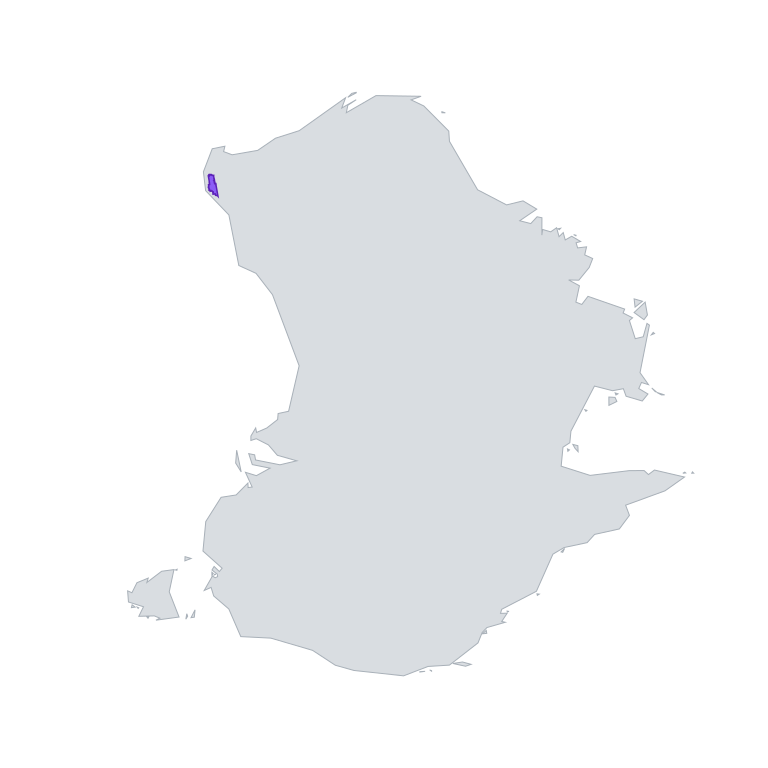 Plantagenet, Western Australia, Australia (highlighted), rotated 80°
{"feature_id": "25037944B3535860838783", "entity_name": "Plantagenet", "entity_type": "district", "adm_level": 2, "iso_a3": "AUS", "parent_name": "Australia", "parent_adm1": "Western Australia", "projection": "natural_earth1", "projection_center": [117.015, -34.625], "detail": "fine", "context": "in_parent", "style": "filled", "palette": "violet", "viewbox_px": 768, "rotation_deg": 80, "n_neighbors": 0, "source": "geoboundaries", "source_scale": "gbopen_adm2", "svg_char_len": 5846}
<svg xmlns="http://www.w3.org/2000/svg" viewBox="0 0 768 768"><g transform="rotate(80 384 384)"><path d="M538.0,125.8L545.3,167.1L556.0,165.1L567.6,177.4L568.7,202.7L575.5,211.5L576.3,235.0L580.9,247.2L614.6,269.9L626.3,307.2L630.1,309.1L631.1,302.5L638.3,309.3L639.7,306.0L641.7,324.9L645.8,330.5L655.3,336.4L672.2,368.4L669.8,389.7L674.8,415.4L660.9,463.3L652.5,480.8L633.9,500.6L614.6,539.6L607.9,568.9L578.6,575.9L563.2,588.5L554.3,589.6L556.1,596.9L543.3,586.3L545.5,583.9L544.8,581.3L542.3,581.2L537.3,585.7L534.2,583.0L540.1,578.7L537.3,575.4L517.1,591.3L488.5,583.4L467.3,564.1L467.6,548.9L457.9,535.2L462.4,535.8L462.6,531.7L446.9,535.8L452.1,525.6L447.1,510.8L440.5,527.7L429.1,529.3L431.3,523.7L436.5,523.7L445.5,500.5L444.5,483.2L435.7,501.4L423.9,508.4L415.7,519.3L416.5,524.9L412.1,524.1L405.0,518.0L409.6,517.9L407.0,507.1L400.5,494.9L394.7,493.4L394.3,482.7L351.3,464.4L276.7,478.3L252.8,490.8L242.1,506.4L190.6,507.4L162.6,526.1L143.7,525.0L122.5,512.3L122.2,499.4L127.3,501.6L131.9,493.8L132.0,467.8L123.1,448.2L119.8,423.5L95.4,372.1L104.9,377.7L99.2,362.0L103.2,371.2L110.3,374.0L98.6,341.8L107.1,297.5L108.9,308.0L117.1,296.5L146.2,276.3L156.4,277.4L209.0,258.1L228.9,232.2L227.8,215.3L238.3,203.2L246.8,222.0L251.5,211.6L245.9,204.2L247.7,199.6L264.8,202.7L259.4,200.9L263.1,193.4L260.1,186.9L269.3,186.0L266.0,181.2L273.6,180.5L271.1,173.5L277.8,165.6L278.3,170.3L283.6,169.7L284.1,160.7L291.7,163.9L296.7,156.7L304.9,161.7L315.6,174.1L313.6,184.1L321.2,174.5L336.7,180.8L340.0,175.4L333.1,167.9L352.0,134.0L355.6,136.2L362.0,127.7L364.1,131.3L383.0,128.7L382.5,120.5L370.0,114.5L372.1,112.4L417.3,129.9L430.6,123.6L427.2,130.2L432.7,133.9L439.7,125.8L445.6,132.6L438.1,147.7L430.2,149.1L430.3,160.0L422.6,177.1L462.9,208.1L474.1,211.2L477.3,218.7L495.7,223.8L509.8,196.9L511.9,157.6L514.4,142.9L519.1,139.3L515.7,132.6L527.8,104.2L538.0,125.8ZM530.3,623.1L551.4,631.6L577.9,626.3L577.0,649.6L575.7,645.4L572.5,650.4L570.2,665.8L561.6,659.5L554.3,673.5L543.2,672.4L545.8,668.5L536.8,661.8L534.2,649.9L538.3,652.0L529.8,635.5L530.3,623.1ZM348.7,112.6L361.8,112.6L365.8,116.8L357.0,125.3L348.7,112.6ZM423.6,540.6L445.8,539.9L436.1,543.8L423.6,540.6ZM441.6,157.7L444.1,166.2L435.9,164.8L437.3,158.8L441.6,157.7ZM671.2,364.7L671.4,355.0L675.2,346.9L676.1,352.7L671.2,364.7ZM573.6,609.3L580.7,611.3L580.6,614.6L573.6,609.3ZM347.4,115.1L351.9,123.4L343.6,122.9L347.4,115.1ZM523.6,610.8L519.5,609.9L522.3,604.3L523.6,610.8ZM484.4,204.6L480.4,207.1L476.3,208.5L478.4,203.8L484.4,204.6ZM95.4,369.9L92.2,365.2L91.9,360.8L92.4,360.7L95.4,369.9ZM578.6,617.7L581.2,620.0L576.0,618.1L578.6,617.7ZM644.4,326.1L647.4,326.1L647.1,330.4L644.4,326.1ZM577.3,234.7L580.8,237.2L580.1,238.7L577.3,234.7ZM560.5,667.8L560.4,671.6L557.7,670.4L560.5,667.8ZM674.1,393.4L673.9,398.7L673.5,398.6L674.1,393.4ZM382.0,112.2L379.9,109.9L381.3,108.8L382.0,112.2ZM442.9,112.7L439.6,116.9L443.5,109.5L442.9,112.7ZM675.1,387.0L673.5,388.7L674.6,386.9L675.1,387.0ZM446.0,189.9L444.2,190.7L445.2,188.7L446.0,189.9ZM435.1,157.5L432.9,157.9L434.3,155.3L435.1,157.5ZM127.6,276.5L126.9,279.9L125.9,279.7L127.6,276.5ZM524.0,102.3L523.8,105.2L523.0,103.1L524.0,102.3ZM542.2,582.6L542.6,584.4L541.9,583.8L542.2,582.6ZM438.8,118.1L434.4,121.0L438.9,117.3L438.8,118.1ZM271.4,169.3L269.8,171.3L270.9,169.0L271.4,169.3ZM562.3,665.1L560.9,665.8L561.8,664.4L562.3,665.1ZM482.2,214.6L479.8,214.6L481.1,212.8L482.2,214.6ZM262.5,184.6L261.3,185.7L261.3,183.0L262.5,184.6ZM573.7,657.1L571.7,658.2L572.5,656.1L573.7,657.1ZM525.6,94.5L525.3,96.4L524.1,95.5L525.6,94.5ZM540.9,585.0L542.6,586.7L539.5,586.2L540.9,585.0ZM618.8,269.7L617.2,269.8L617.9,267.6L618.8,269.7ZM629.8,302.2L629.0,302.2L629.7,300.4L629.8,302.2ZM531.5,620.3L530.9,621.7L530.5,619.9L531.5,620.3Z" fill="#d9dde1" stroke="#a8b0b8" stroke-width="1"/><path d="M170.3,514.9L167.1,514.9L160.2,514.9L160.0,515.0L159.6,515.0L159.4,515.0L159.4,514.9L159.2,514.9L158.6,514.8L158.4,514.8L157.9,514.8L157.6,514.8L157.6,515.3L157.3,515.3L157.3,515.5L157.1,515.4L157.1,515.9L156.7,515.9L156.4,515.9L156.4,516.1L155.4,516.1L155.4,515.6L155.0,515.6L154.6,515.7L154.5,515.8L154.5,515.7L154.5,515.8L154.2,515.9L154.2,515.6L153.6,515.5L153.2,515.7L153.1,515.8L152.6,515.9L152.6,515.6L152.4,515.6L152.1,515.6L151.4,515.7L150.0,515.7L149.8,515.7L149.0,515.5L149.0,516.2L148.9,516.2L148.9,516.3L148.8,516.5L148.7,516.5L148.6,516.8L148.4,516.9L148.3,517.0L148.2,517.2L148.1,517.3L148.2,517.5L148.2,517.4L148.1,517.5L148.1,517.8L147.9,517.8L147.8,518.0L147.7,518.0L147.8,518.0L147.7,518.1L147.6,518.3L147.7,518.5L147.8,518.5L147.7,518.7L147.7,518.8L147.8,518.9L147.7,518.9L147.7,519.0L147.6,518.9L147.6,519.0L147.4,519.2L147.5,519.3L147.8,519.4L147.8,519.5L148.0,519.5L148.2,519.4L148.3,519.5L148.5,519.7L148.4,519.7L148.4,519.8L148.2,519.9L148.2,520.0L148.2,520.3L148.3,520.4L148.2,520.4L148.1,520.5L148.3,520.6L148.2,520.6L148.3,520.7L148.2,520.7L148.3,520.7L148.3,520.8L148.2,520.8L148.3,520.9L150.5,520.9L155.0,520.9L155.0,521.1L155.4,521.1L155.6,521.1L156.2,521.2L156.4,521.1L156.5,521.1L156.9,521.2L156.7,521.0L156.8,521.0L157.1,521.0L157.3,521.1L157.3,522.2L158.2,522.2L158.4,522.2L158.4,522.3L158.5,522.4L158.8,522.4L159.0,522.4L159.1,522.5L159.2,522.4L160.0,522.4L160.3,522.4L160.3,522.6L160.5,522.5L160.7,522.4L160.9,522.4L160.9,522.5L161.1,522.4L161.1,522.5L161.8,522.5L162.0,522.6L162.4,522.5L162.7,522.6L162.7,522.4L162.5,522.2L163.2,522.0L163.2,521.1L163.6,521.1L163.6,520.8L163.8,520.8L163.9,521.0L164.0,521.1L164.0,520.6L164.1,520.3L164.1,519.9L164.3,519.9L164.4,519.6L164.6,519.4L164.8,519.3L164.9,519.0L165.2,519.0L165.2,518.9L165.6,518.9L165.6,519.1L165.6,519.3L165.8,519.3L167.4,519.4L167.4,517.9L167.4,517.3L168.2,517.3L168.9,517.1L169.0,517.0L169.0,516.5L169.1,516.3L169.3,516.0L169.4,515.9L169.5,515.8L169.5,515.6L169.5,515.4L170.3,514.9L170.3,514.9Z" fill="#8b5cf6" stroke="#5b21b6" stroke-width="1.5"/></g></svg>